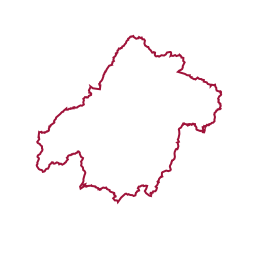 Guarne, Antioquia, Colombia (Robinson projection), rotated 227°
{"feature_id": "7082276B92581613564352", "entity_name": "Guarne", "entity_type": "district", "adm_level": 2, "iso_a3": "COL", "parent_name": "Colombia", "parent_adm1": "Antioquia", "projection": "robinson", "projection_center": [-75.433, 6.272], "detail": "fine", "context": "isolated", "style": "outline", "palette": "rose", "viewbox_px": 256, "rotation_deg": 227, "n_neighbors": 0, "source": "geoboundaries", "source_scale": "gbopen_adm2", "svg_char_len": 5780}
<svg xmlns="http://www.w3.org/2000/svg" viewBox="0 0 256 256"><g transform="rotate(227 128 128)"><path d="M163.1,35.9L161.9,35.3L158.8,34.8L157.5,35.2L156.2,36.2L155.4,36.4L154.0,35.8L153.4,36.8L153.2,37.7L153.6,38.7L153.8,40.4L152.8,41.8L153.8,44.4L154.7,45.4L154.5,47.2L154.8,49.0L154.1,49.6L153.0,49.2L152.3,49.6L151.6,51.0L151.5,52.3L150.9,52.8L149.5,53.4L148.4,52.9L147.7,54.6L146.0,54.9L145.4,57.3L145.7,58.0L145.4,58.5L145.4,59.4L145.9,60.7L146.0,62.6L147.9,63.0L147.8,64.0L148.3,64.7L148.4,65.7L148.0,66.7L147.1,67.7L147.3,68.8L146.6,69.4L146.6,70.3L145.2,71.8L145.2,72.7L144.6,74.2L145.1,75.1L144.6,75.9L143.0,75.9L141.8,75.0L138.9,74.0L136.7,74.6L136.1,73.6L135.4,70.7L134.0,70.1L132.5,68.1L129.9,68.1L127.8,66.6L126.4,66.9L124.7,66.5L123.9,65.6L123.3,64.2L121.0,60.5L119.6,59.3L118.8,57.8L117.8,53.0L116.0,52.0L115.5,54.9L116.7,56.9L116.1,58.3L115.2,56.2L114.6,57.7L113.7,58.3L113.4,57.9L112.8,59.4L110.9,61.8L110.9,62.1L110.2,62.0L107.8,64.1L107.0,63.9L106.9,64.3L105.9,64.3L104.4,65.2L103.4,64.5L102.6,65.8L102.0,65.3L101.6,65.9L101.9,67.0L101.4,69.2L100.3,69.9L99.4,71.2L99.1,70.9L98.2,71.3L97.6,71.0L95.1,72.2L94.3,71.6L93.4,71.7L89.9,73.6L89.4,73.3L89.3,72.6L88.7,72.3L87.0,72.6L86.3,72.2L86.8,70.8L86.7,69.2L84.0,69.0L82.6,70.5L81.6,70.6L80.7,70.1L81.8,75.5L81.7,81.1L81.2,81.9L79.4,82.3L79.2,83.3L77.5,83.9L75.9,85.4L74.4,85.8L73.7,87.5L75.2,89.6L75.1,90.6L75.5,91.4L74.7,93.5L75.9,94.1L77.2,94.1L77.8,95.9L77.0,96.8L76.6,98.7L76.0,99.2L75.8,99.9L74.7,99.9L73.6,101.8L72.6,102.5L71.1,99.8L70.4,97.3L68.0,96.8L64.0,97.5L62.8,98.3L63.2,98.5L63.2,99.4L64.2,100.5L64.9,100.0L65.1,100.4L63.8,101.9L64.5,103.1L63.1,104.9L63.3,106.2L64.5,108.4L66.2,108.2L66.4,110.7L67.3,112.5L67.3,113.6L67.6,113.7L68.0,112.8L68.6,113.0L68.7,114.6L69.6,116.1L69.9,118.6L69.5,118.8L69.1,120.0L70.2,120.4L72.1,122.3L72.2,123.0L70.8,126.9L68.9,128.1L68.1,130.1L68.5,131.0L71.1,132.2L71.8,133.1L72.6,135.6L73.4,136.4L73.5,137.2L74.2,138.0L73.7,139.3L73.9,140.0L73.8,140.9L74.9,142.6L77.5,144.5L78.6,145.8L79.8,148.5L79.6,149.2L78.9,149.5L78.9,150.0L80.3,152.4L83.2,154.2L83.8,154.1L83.2,155.8L85.6,156.6L86.1,158.0L88.6,161.5L91.0,163.5L92.2,164.1L92.6,164.9L92.2,167.1L93.3,170.5L93.0,170.6L93.6,171.6L93.0,172.2L92.5,171.9L91.4,172.9L90.2,173.2L90.6,173.5L89.9,174.2L89.0,173.8L89.0,174.3L88.4,175.0L89.0,175.6L87.6,176.9L86.9,176.8L86.7,177.6L86.9,178.4L86.2,178.9L85.9,178.6L85.1,179.6L83.8,178.5L83.1,178.7L81.7,178.4L80.5,177.2L79.9,177.1L76.5,178.8L76.3,179.5L75.3,180.2L74.0,179.8L72.9,180.7L73.3,181.4L73.6,180.8L74.6,181.5L74.4,181.8L74.8,182.2L74.3,182.6L74.7,183.2L75.3,182.0L75.8,182.0L77.7,183.2L77.1,184.1L77.5,184.9L76.0,185.3L76.0,185.6L76.7,186.0L76.2,186.8L76.5,187.8L75.4,188.4L75.4,188.7L74.9,189.1L74.9,189.8L75.4,189.9L74.5,191.8L74.6,192.8L73.8,194.0L74.0,196.0L75.0,196.7L76.7,199.1L79.2,200.4L79.2,200.9L80.0,201.7L79.9,203.6L80.5,204.4L80.0,205.6L80.5,206.2L80.1,207.1L79.1,207.9L79.0,208.9L80.2,209.1L80.9,210.9L81.9,211.2L82.4,212.0L83.1,212.1L83.6,211.6L84.6,212.1L85.3,211.8L86.3,212.8L86.6,213.6L87.9,213.8L88.9,216.2L88.7,218.3L89.2,219.2L90.6,219.5L90.6,220.3L90.9,220.6L91.8,220.7L92.8,219.4L94.9,218.4L96.0,218.9L97.3,220.0L98.7,220.1L100.3,221.2L101.0,219.8L102.5,218.8L102.3,217.1L103.2,218.0L105.8,216.4L107.7,216.7L110.3,215.0L111.4,216.2L112.9,215.0L113.6,215.1L115.3,213.6L117.4,213.3L117.5,210.5L118.2,210.3L118.7,209.6L122.0,208.5L122.1,208.9L122.4,208.6L124.3,208.6L124.5,209.0L126.2,207.3L128.8,206.5L135.0,202.8L135.0,204.7L134.5,206.0L134.2,207.9L135.1,209.6L135.9,210.2L137.4,214.2L139.4,214.1L141.5,216.3L143.0,215.5L143.1,215.2L144.4,215.8L145.1,215.5L145.6,215.8L146.1,215.3L146.5,215.4L146.4,214.9L147.6,212.5L149.2,212.2L150.0,210.1L151.6,208.8L151.7,208.4L152.7,210.1L153.8,210.9L154.4,211.0L155.0,210.5L156.6,208.0L156.0,205.8L156.4,203.8L158.4,202.1L159.0,199.4L160.2,199.0L161.2,197.4L162.3,197.2L163.2,197.5L164.7,199.2L165.9,198.6L165.8,198.1L166.6,197.1L169.3,197.6L171.4,197.4L173.4,198.1L173.9,197.5L176.7,196.8L178.6,197.6L180.4,200.0L182.0,200.2L183.1,199.0L184.8,199.7L185.1,198.7L187.0,198.1L186.6,197.1L187.0,197.0L187.0,196.2L187.7,194.9L190.5,194.3L191.7,194.6L192.2,193.0L192.7,192.9L193.2,191.9L192.9,190.6L193.2,189.0L192.3,188.4L192.6,187.1L192.4,185.9L191.5,184.3L191.4,182.5L190.9,181.0L191.5,179.5L190.8,177.9L191.4,177.3L191.3,176.4L192.4,175.5L191.6,174.0L191.8,173.1L190.4,171.7L190.9,170.0L190.6,169.7L190.0,169.9L189.2,167.7L189.4,165.4L188.7,165.2L187.7,163.6L186.6,163.4L186.8,161.5L186.0,160.7L185.5,159.2L185.2,159.2L186.4,156.7L185.4,152.3L184.7,150.9L184.9,149.9L184.3,149.5L184.2,148.0L183.7,147.6L183.3,145.9L182.6,145.3L181.0,142.3L180.6,140.6L180.5,138.8L179.8,137.7L179.9,137.0L179.0,136.5L178.6,136.7L178.1,136.4L177.9,136.7L175.5,133.9L181.0,129.4L183.9,128.9L183.5,128.7L182.2,125.1L180.7,124.5L180.3,123.8L179.1,124.6L178.2,124.5L177.4,123.6L177.8,123.2L177.7,122.4L178.2,121.3L177.7,119.5L178.4,118.6L179.0,118.6L179.9,117.6L179.7,117.2L179.8,115.2L178.4,114.7L177.3,112.8L175.3,111.7L175.7,109.5L176.9,108.7L177.6,106.3L177.7,104.7L178.9,103.2L179.8,103.0L180.0,102.6L179.6,101.9L180.3,101.8L180.1,101.0L180.9,99.7L181.3,99.7L181.2,99.0L182.2,98.1L182.3,96.7L183.4,95.5L184.3,96.2L184.5,92.5L184.1,91.8L184.7,90.5L184.5,87.9L184.7,82.6L183.9,81.5L183.8,79.7L183.4,78.5L182.4,78.1L182.2,77.6L182.8,73.3L182.4,73.0L182.4,72.3L182.8,71.5L181.9,71.0L181.9,70.3L181.3,69.4L180.5,69.0L180.1,68.1L180.4,66.7L180.8,66.6L181.3,63.9L181.8,63.9L181.9,63.4L182.6,62.9L183.2,61.8L184.2,62.1L185.2,60.3L185.6,60.2L182.4,56.4L182.2,56.7L180.3,55.4L179.7,52.1L178.6,51.8L176.3,52.6L175.1,52.3L173.3,52.6L171.6,51.1L170.8,51.0L169.9,49.8L169.5,47.3L168.9,46.1L169.4,43.6L169.0,42.5L168.5,42.1L166.7,42.2L166.1,41.7L164.5,38.0L163.5,37.4L163.1,35.9Z" fill="none" stroke="#9f1239" stroke-width="2"/></g></svg>